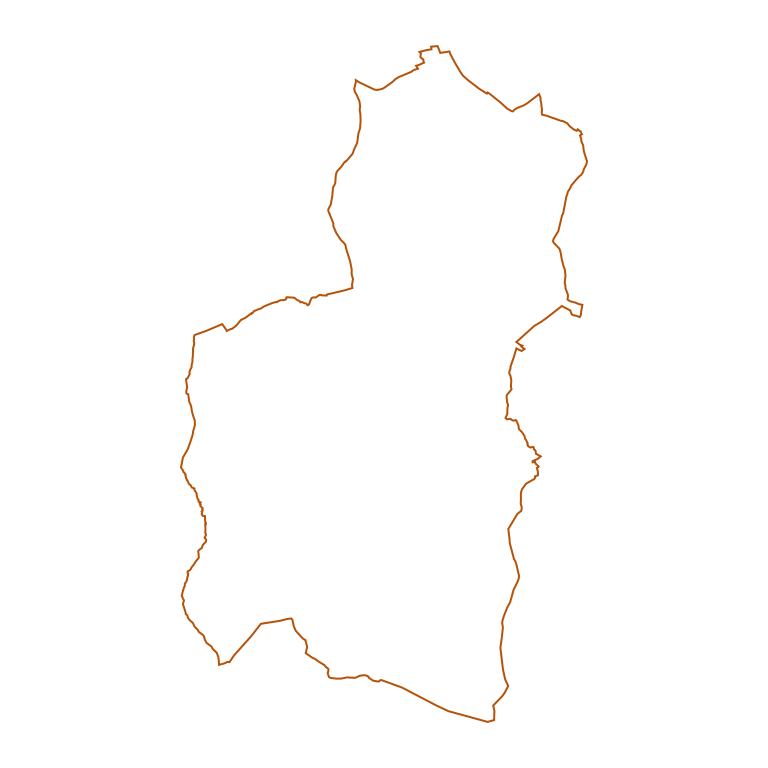 Sacelu, Gorj, Romania
{"feature_id": "2599482B5536240936017", "entity_name": "Sacelu", "entity_type": "district", "adm_level": 2, "iso_a3": "ROU", "parent_name": "Romania", "parent_adm1": "Gorj", "projection": "mercator", "projection_center": [23.537, 45.1], "detail": "fine", "context": "isolated", "style": "outline", "palette": "amber", "viewbox_px": 768, "rotation_deg": 0, "n_neighbors": 0, "source": "geoboundaries", "source_scale": "gbopen_adm2", "svg_char_len": 6085}
<svg xmlns="http://www.w3.org/2000/svg" viewBox="0 0 768 768"><path d="M494.1,720.1L494.4,710.8L493.2,705.5L502.5,695.9L504.7,692.7L508.2,686.0L505.2,679.4L503.0,669.7L500.4,647.7L501.8,637.6L502.9,627.4L502.2,623.5L502.5,620.4L503.9,616.0L507.1,607.8L510.1,602.4L513.6,589.7L517.9,581.1L518.9,577.6L519.0,575.8L516.6,565.3L515.4,561.3L514.0,559.1L509.7,542.9L509.6,539.7L508.3,529.0L517.4,513.9L521.2,510.9L521.7,509.0L521.5,506.1L520.7,503.9L520.9,500.4L520.9,493.3L521.4,490.9L522.3,488.8L526.2,483.6L534.1,479.1L535.2,477.8L535.0,476.4L538.0,475.2L537.9,471.9L536.9,467.9L538.5,467.0L538.7,466.6L535.5,463.5L535.0,461.9L532.7,462.3L532.6,461.1L537.7,458.9L540.7,456.4L536.0,453.8L535.4,450.4L533.9,449.2L533.8,447.8L533.0,446.8L530.7,447.5L529.7,447.3L527.7,445.7L527.7,444.5L527.3,444.0L527.6,443.2L526.0,439.9L525.1,438.8L524.5,436.1L522.2,432.4L519.1,429.3L518.7,428.1L518.6,426.0L516.9,421.7L515.8,420.0L513.4,420.7L512.1,420.2L510.4,418.8L506.8,419.3L505.5,417.9L507.3,414.0L507.4,408.2L508.1,405.2L507.2,402.4L506.6,397.4L506.6,395.9L507.3,394.5L511.3,389.6L511.5,388.9L510.9,386.9L511.3,380.1L510.4,375.7L509.5,373.9L509.2,372.3L510.5,368.4L510.5,366.6L513.7,357.5L516.4,348.4L521.5,351.0L524.5,349.0L521.4,346.6L522.4,345.7L519.8,344.7L516.4,342.0L534.2,326.0L541.8,321.4L547.6,317.2L561.8,306.0L570.3,310.5L571.6,314.1L573.0,315.1L576.7,315.9L579.7,317.1L580.8,315.3L581.2,311.4L582.4,304.8L578.8,304.1L575.6,302.7L569.8,301.1L567.5,299.5L568.0,295.9L567.9,294.7L565.5,288.3L565.3,285.1L564.7,283.1L565.5,275.1L564.8,269.6L563.7,266.7L561.8,259.4L560.5,251.9L559.4,248.7L553.6,242.6L553.0,241.2L553.7,238.7L558.3,231.2L562.1,215.3L562.9,214.0L563.5,211.7L566.4,196.3L567.2,194.5L567.7,192.2L569.9,188.6L571.5,185.2L577.5,178.2L579.5,176.1L581.0,175.1L582.3,173.4L583.4,171.1L583.7,169.4L586.2,164.9L587.0,161.3L584.2,152.5L583.6,149.7L583.2,145.5L581.5,141.6L581.2,140.2L581.3,139.1L580.0,135.4L581.9,134.3L581.0,132.5L580.7,131.4L579.6,131.0L577.8,129.3L576.7,130.8L574.0,129.6L569.7,126.3L567.4,123.4L563.5,121.3L560.0,120.5L546.3,115.6L542.1,114.7L541.7,112.2L542.1,109.2L541.6,107.2L541.2,102.8L540.5,100.2L540.5,97.6L539.1,94.2L526.9,103.5L523.3,105.6L516.9,108.1L514.5,109.7L512.9,111.4L511.4,111.1L507.2,108.6L500.5,102.5L489.7,93.8L487.6,92.5L486.9,93.6L479.0,88.6L468.2,80.3L462.9,75.6L460.0,71.4L454.8,62.5L450.1,53.7L449.5,51.5L440.3,52.9L437.6,46.1L431.1,46.7L431.5,49.3L426.6,50.1L419.5,51.9L420.9,53.5L420.4,56.7L420.8,57.6L423.3,59.5L423.5,61.4L424.1,62.6L419.0,64.9L416.1,65.8L418.0,68.7L413.6,70.1L410.9,72.0L398.5,77.2L395.5,79.1L392.4,82.0L383.3,88.4L380.7,89.3L376.5,90.0L374.2,89.5L359.8,82.6L355.9,80.2L356.0,81.1L354.2,89.2L355.2,92.6L356.2,93.8L359.4,101.2L360.1,105.8L359.7,110.0L360.4,114.3L360.6,121.2L360.0,128.5L358.4,133.5L357.4,141.3L357.0,143.3L354.2,149.2L352.6,153.7L347.1,160.2L345.7,161.6L345.5,161.4L344.3,162.4L341.2,166.9L337.6,170.7L336.4,172.7L335.7,176.1L335.3,182.7L334.7,184.5L333.2,187.1L333.0,187.9L332.2,196.8L331.4,200.6L331.0,203.9L328.2,209.6L328.4,211.2L333.3,223.2L333.4,226.3L336.2,232.8L340.5,239.5L344.4,243.5L345.4,244.9L346.2,248.9L350.1,261.2L351.7,269.5L351.6,274.0L353.0,279.2L352.0,285.0L352.4,288.0L344.8,290.3L327.0,294.5L326.7,295.5L321.8,295.4L321.0,294.8L319.4,295.0L315.5,297.6L313.9,297.3L312.0,297.8L311.0,299.2L309.0,304.4L307.6,305.2L306.3,303.7L305.1,303.2L304.3,303.2L302.3,302.1L300.4,302.3L299.7,301.2L296.9,299.8L294.3,297.7L286.8,297.2L286.3,297.6L286.3,298.8L286.0,299.2L284.3,300.1L280.8,300.2L279.3,300.6L276.8,302.1L275.5,302.1L272.4,303.0L264.0,306.4L261.0,308.5L258.7,309.1L253.9,311.2L252.6,313.0L251.5,313.7L251.4,313.3L245.4,317.8L240.9,320.0L236.0,325.9L231.9,328.9L230.1,329.3L226.7,330.9L226.0,329.4L222.2,324.1L206.2,330.9L194.6,335.0L194.0,336.9L193.9,338.0L194.1,339.3L193.7,340.9L194.2,342.7L194.2,344.4L193.1,348.1L192.8,357.1L192.4,358.8L192.5,360.1L192.3,362.6L191.8,364.0L191.5,367.5L190.2,369.8L189.4,372.4L189.8,373.9L187.5,378.4L186.2,378.8L186.1,380.3L187.2,387.5L186.4,390.4L186.3,392.5L186.5,393.4L187.1,393.9L188.2,394.2L189.2,401.5L191.1,406.0L191.8,410.7L192.8,414.8L194.8,420.6L194.9,425.2L193.2,431.1L192.7,434.6L190.5,441.6L187.6,449.5L182.9,457.6L181.0,467.6L183.0,470.5L183.6,472.3L184.3,472.6L185.7,474.6L185.3,475.4L186.0,477.0L185.9,477.7L186.7,479.2L186.7,479.8L187.0,480.3L187.4,480.4L188.2,482.4L189.3,484.4L190.6,485.1L191.8,487.5L194.5,488.5L194.2,489.6L196.6,493.4L196.8,496.0L197.7,499.0L198.6,499.9L198.6,501.7L200.6,502.4L199.7,503.8L200.7,504.4L200.3,506.0L202.7,508.2L202.7,508.7L202.2,509.3L202.7,510.3L202.7,510.7L201.6,511.5L202.1,512.7L201.7,514.3L203.0,516.0L204.8,516.0L205.0,516.3L205.1,520.8L205.3,521.7L206.0,523.2L205.8,524.2L205.2,524.0L205.2,524.5L205.5,529.0L205.3,533.0L205.9,534.1L205.9,535.2L204.6,537.7L206.1,539.5L206.2,540.3L205.9,541.7L202.9,544.9L201.6,548.2L199.4,549.7L198.2,551.2L198.7,555.3L198.8,557.5L198.4,558.2L195.6,561.7L193.5,565.0L191.9,566.9L190.7,569.2L189.3,570.6L187.9,571.2L187.5,572.2L188.2,573.8L187.9,574.6L188.1,575.3L187.8,576.5L187.4,577.0L187.1,578.4L187.2,579.3L186.0,582.3L184.8,583.5L184.8,585.9L184.4,586.9L183.8,587.5L183.6,589.1L183.2,589.7L181.7,596.0L182.5,597.1L182.7,598.1L183.9,600.3L183.8,601.2L182.9,604.0L185.6,612.4L185.8,614.1L187.3,615.3L187.9,617.5L189.3,619.8L192.8,622.9L194.7,626.8L197.5,629.6L199.0,632.1L201.9,634.1L203.8,636.0L204.5,637.8L204.5,639.0L206.7,643.1L211.2,646.2L212.8,649.0L216.8,652.9L218.3,657.0L218.8,660.3L219.0,664.8L224.0,663.5L227.5,661.9L229.5,662.1L234.1,655.3L251.1,636.3L260.9,623.8L280.1,620.8L287.5,618.9L291.3,618.5L292.4,619.7L293.7,625.8L295.6,630.6L302.5,638.2L304.5,639.7L305.4,640.0L307.2,647.1L305.7,653.1L312.7,658.0L314.5,658.6L319.4,662.1L324.4,665.1L325.0,665.6L325.4,666.5L328.3,668.8L328.4,671.0L327.7,672.9L327.9,674.0L329.0,677.1L330.8,678.0L336.3,678.6L341.2,678.6L346.9,677.4L354.6,677.8L355.6,677.7L360.0,675.7L364.0,675.2L366.6,675.6L368.3,676.5L368.7,677.6L373.0,680.6L377.8,681.5L379.2,681.4L379.9,680.4L381.2,680.0L402.1,687.6L435.4,705.0L448.5,711.2L487.6,721.9L494.1,720.1Z" fill="none" stroke="#b45309" stroke-width="2"/></svg>